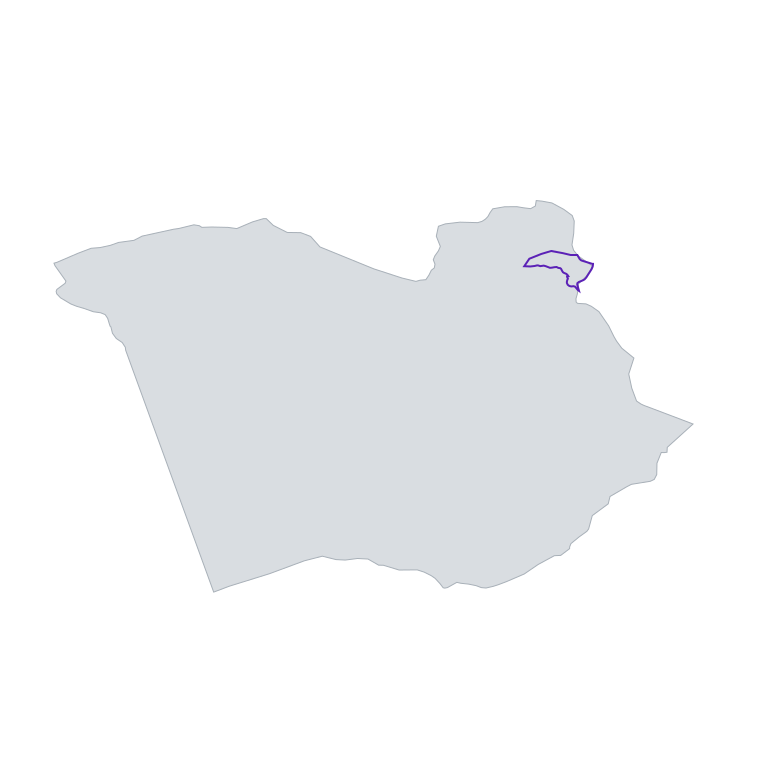 Uganda, with Moyo highlighted, rotated 70°
{"feature_id": "UGA-3085", "entity_name": "Moyo", "entity_type": "District", "adm_level": 1, "iso_a3": "UGA", "parent_name": "Uganda", "parent_adm1": "", "projection": "natural_earth1", "projection_center": [31.745, 3.481], "detail": "fine", "context": "in_parent", "style": "outline", "palette": "violet", "viewbox_px": 768, "rotation_deg": 70, "n_neighbors": 0, "source": "natural_earth", "source_scale": "10m", "svg_char_len": 3095}
<svg xmlns="http://www.w3.org/2000/svg" viewBox="0 0 768 768"><g transform="rotate(70 384 384)"><path d="M521.3,615.2L512.1,615.2L497.2,615.2L482.2,615.2L467.3,615.2L452.4,615.2L437.4,615.2L422.5,615.2L407.5,615.2L392.6,615.2L377.6,615.2L362.7,615.2L347.7,615.2L332.8,615.2L317.8,615.2L302.9,615.2L288.0,615.2L273.0,615.2L264.2,615.2L262.4,614.9L261.2,614.5L255.5,615.8L249.7,620.0L243.5,621.8L236.9,621.1L236.0,621.6L232.7,621.5L227.8,621.2L223.4,622.3L220.1,626.0L216.7,632.4L210.6,639.8L205.8,646.3L201.7,650.9L192.4,658.5L187.3,660.7L184.8,660.4L183.2,659.0L180.3,649.2L178.5,647.7L160.3,652.7L157.6,652.8L157.8,649.7L156.5,626.8L156.3,612.8L158.7,604.1L160.1,593.9L160.2,585.0L163.5,569.8L162.3,560.7L166.6,528.8L167.7,523.6L169.4,508.2L172.1,503.4L174.5,501.6L177.6,492.1L183.5,477.0L187.6,469.2L186.7,452.2L187.4,440.6L188.3,438.1L197.1,433.8L208.5,423.1L213.3,410.5L220.2,402.5L233.3,397.3L272.4,354.1L290.6,330.8L298.5,318.9L298.8,314.6L300.3,309.0L297.1,304.6L293.3,300.6L292.1,297.0L288.8,295.1L284.1,295.2L281.1,292.5L277.5,287.3L274.0,284.0L263.0,284.3L254.4,278.9L254.5,271.7L257.9,257.3L264.4,240.8L264.7,236.3L263.8,232.4L262.2,229.1L259.3,225.8L256.6,221.9L258.7,210.1L262.8,198.5L266.1,192.7L269.4,186.2L268.5,180.9L263.7,178.2L266.2,173.0L271.3,164.3L281.3,155.4L290.1,149.5L295.9,149.5L307.3,154.2L317.6,159.8L323.2,160.1L330.1,157.7L344.3,147.9L347.7,151.0L351.9,157.0L356.4,166.9L365.3,171.4L369.6,174.5L372.7,175.4L374.4,174.6L377.8,166.8L381.9,162.6L389.5,157.3L406.2,153.0L418.2,151.7L423.2,150.8L431.7,148.3L445.1,140.3L458.3,150.6L472.6,152.6L486.4,152.5L490.7,149.4L493.1,147.0L507.6,130.1L527.3,107.3L540.4,139.5L544.9,141.4L544.3,144.2L543.2,146.9L551.8,154.6L562.4,158.7L566.1,162.7L566.5,167.0L562.9,185.8L563.6,191.2L567.0,210.1L573.3,214.3L578.9,233.3L590.2,241.3L591.8,243.7L594.4,252.9L597.9,262.9L600.6,265.3L602.2,265.9L605.5,276.6L603.6,282.6L606.3,300.8L610.5,317.2L611.6,336.7L611.7,345.3L611.5,350.5L610.6,357.9L608.6,362.2L605.0,366.4L601.0,372.9L597.5,380.0L595.3,383.4L597.0,394.0L596.6,396.7L595.7,398.1L590.6,399.7L584.0,402.5L580.1,405.3L574.5,410.6L570.0,416.4L564.0,433.4L554.1,446.6L552.4,451.0L543.0,458.9L538.9,468.6L536.2,480.6L532.6,489.1L524.7,500.9L522.9,519.4L523.1,556.5L521.1,598.7L521.3,615.2Z" fill="#d9dde1" stroke="#a8b0b8" stroke-width="1"/><path d="M344.6,147.5L345.1,147.8L347.1,149.7L353.1,157.5L354.3,159.8L354.6,161.6L354.8,166.1L355.4,167.8L356.6,168.4L363.2,168.9L362.0,169.7L357.8,171.2L356.9,172.5L356.4,174.6L355.3,176.3L353.6,177.4L351.7,177.6L350.7,177.3L349.7,176.7L348.7,176.0L348.0,175.2L346.4,175.3L345.6,175.2L345.8,173.9L344.8,174.1L343.0,174.9L341.0,177.0L340.2,177.6L338.3,178.0L336.4,178.2L335.5,178.7L335.0,179.6L334.5,180.5L333.1,181.8L332.5,184.0L332.1,186.4L331.6,188.3L328.7,191.6L327.4,193.4L326.7,196.8L326.2,197.5L325.6,198.2L325.2,198.8L324.9,199.6L324.6,202.2L323.6,206.3L321.3,211.9L316.0,204.6L315.6,191.7L316.2,181.4L322.2,171.2L326.6,164.5L328.9,158.2L333.4,157.4L335.0,156.6L335.8,155.8L342.4,147.1L342.6,146.5L342.9,146.6L344.6,147.5Z" fill="none" stroke="#5b21b6" stroke-width="2"/></g></svg>